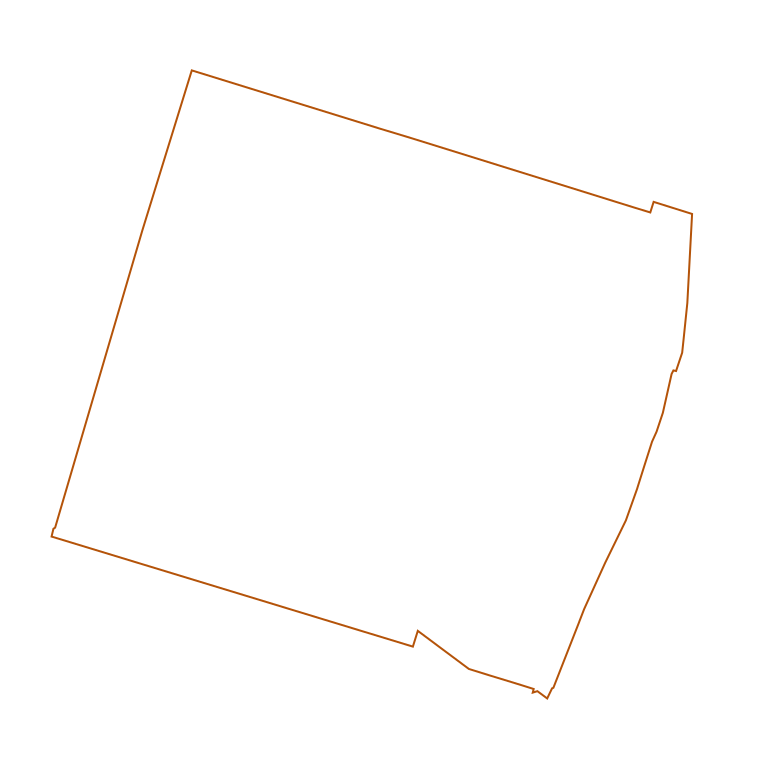 Palm Beach, Florida, United States of America, rotated 17°
{"feature_id": "52423323B70070544976743", "entity_name": "Palm Beach", "entity_type": "district", "adm_level": 2, "iso_a3": "USA", "parent_name": "United States of America", "parent_adm1": "Florida", "projection": "natural_earth1", "projection_center": [-80.218, 26.646], "detail": "fine", "context": "isolated", "style": "outline", "palette": "amber", "viewbox_px": 768, "rotation_deg": 17, "n_neighbors": 0, "source": "geoboundaries", "source_scale": "gbopen_adm2", "svg_char_len": 729}
<svg xmlns="http://www.w3.org/2000/svg" viewBox="0 0 768 768"><g transform="rotate(17 384 384)"><path d="M110.7,627.1L488.1,626.7L488.4,626.7L488.5,610.2L518.9,621.1L548.5,631.7L570.3,631.8L570.6,631.8L602.8,631.8L616.3,631.9L616.5,635.6L620.5,632.9L632.0,637.0L633.7,625.9L634.8,625.0L640.2,555.0L640.3,553.0L640.5,550.5L641.2,540.8L647.8,490.2L655.2,443.7L656.7,410.2L656.7,407.8L656.9,385.3L657.2,360.8L658.6,349.9L659.1,330.0L656.1,290.3L656.8,286.4L659.5,286.2L659.7,278.2L660.0,266.9L657.3,253.0L650.4,217.9L643.7,190.9L628.9,131.3L588.6,131.0L588.5,142.1L572.3,142.1L571.8,142.1L337.9,140.9L305.7,141.0L108.5,140.3L108.0,307.9L111.5,617.5L110.2,619.1L110.7,627.1Z" fill="none" stroke="#b45309" stroke-width="2"/></g></svg>